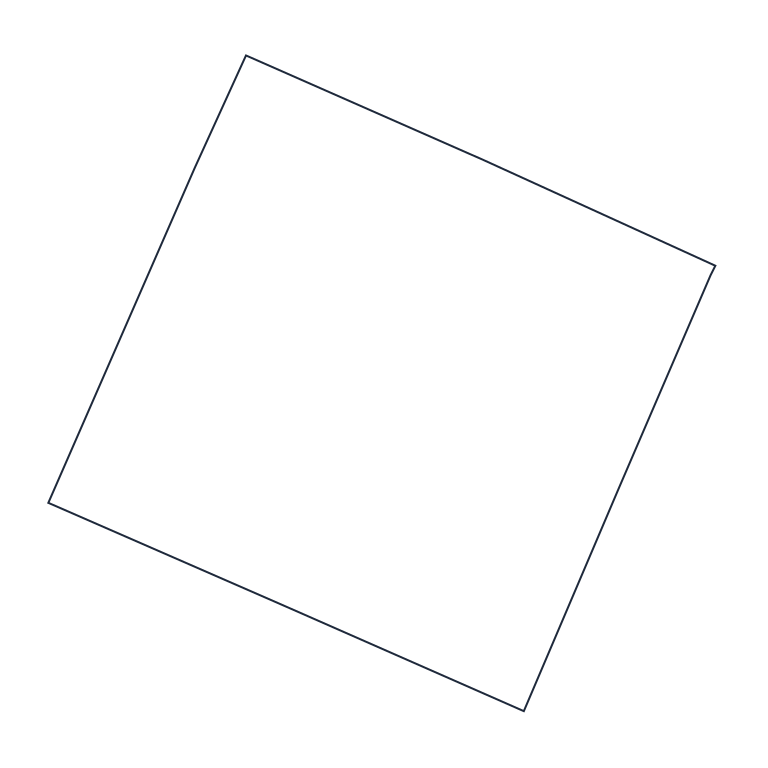 Kalamazoo, Michigan, United States of America, rotated 24°
{"feature_id": "52423323B79129460570893", "entity_name": "Kalamazoo", "entity_type": "district", "adm_level": 2, "iso_a3": "USA", "parent_name": "United States of America", "parent_adm1": "Michigan", "projection": "natural_earth1", "projection_center": [-85.49, 42.245], "detail": "fine", "context": "isolated", "style": "outline", "palette": "slate", "viewbox_px": 768, "rotation_deg": 24, "n_neighbors": 0, "source": "geoboundaries", "source_scale": "gbopen_adm2", "svg_char_len": 297}
<svg xmlns="http://www.w3.org/2000/svg" viewBox="0 0 768 768"><g transform="rotate(24 384 384)"><path d="M638.6,141.2L380.6,138.9L368.8,139.0L124.3,140.0L123.2,263.8L125.7,629.1L384.3,627.2L644.8,626.0L640.9,383.0L638.1,151.8L638.6,141.2Z" fill="none" stroke="#1e293b" stroke-width="2"/></g></svg>